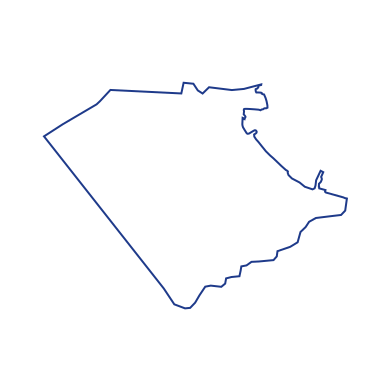 Municipality C, Montevideo, Uruguay (Robinson projection), rotated 188°
{"feature_id": "84410073B88392224216277", "entity_name": "Municipality C", "entity_type": "district", "adm_level": 2, "iso_a3": "URY", "parent_name": "Uruguay", "parent_adm1": "Montevideo", "projection": "robinson", "projection_center": [-56.204, -34.87], "detail": "fine", "context": "isolated", "style": "outline", "palette": "blue", "viewbox_px": 384, "rotation_deg": 188, "n_neighbors": 0, "source": "geoboundaries", "source_scale": "gbopen_adm2", "svg_char_len": 1895}
<svg xmlns="http://www.w3.org/2000/svg" viewBox="0 0 384 384"><g transform="rotate(188 192 192)"><path d="M37.7,207.1L38.7,207.2L39.6,207.2L39.8,207.3L40.3,207.4L41.2,207.7L59.3,210.1L60.3,210.8L60.1,212.5L66.5,213.3L66.8,214.7L67.1,214.8L67.4,217.8L65.8,220.0L65.2,222.4L65.4,223.5L66.2,224.9L64.8,229.9L67.6,230.9L70.7,220.9L70.6,215.7L71.1,212.7L73.0,211.4L81.0,212.9L86.8,216.4L94.9,219.3L98.8,222.2L99.9,224.3L99.9,225.7L100.9,226.4L102.2,226.9L107.4,230.4L116.1,236.7L119.8,239.1L124.5,242.6L129.3,247.1L133.3,250.9L135.8,253.0L138.0,255.5L138.5,257.6L137.2,258.7L136.5,259.5L136.3,260.5L136.8,261.4L137.5,261.9L138.4,261.9L139.4,261.3L143.7,257.8L144.9,257.4L145.5,257.5L146.1,257.9L148.4,260.6L150.5,263.2L151.2,264.7L151.6,266.1L152.2,272.5L151.5,272.3L151.1,272.1L150.7,272.1L150.4,271.4L150.2,271.4L150.4,272.2L149.9,272.5L149.7,273.0L149.5,273.7L149.6,274.2L150.0,274.6L150.9,275.5L151.6,276.1L151.7,279.2L152.1,280.2L152.1,281.2L151.5,281.6L149.8,281.9L146.8,282.2L141.2,282.6L137.3,282.8L135.5,282.5L134.7,283.3L133.2,283.8L132.0,284.9L130.0,285.3L129.0,286.0L129.4,288.3L130.8,292.3L132.2,295.3L134.2,298.6L135.6,298.7L136.6,299.1L136.6,299.6L137.5,300.0L141.1,299.7L142.1,299.5L142.7,300.2L143.1,301.4L143.3,302.6L142.8,303.1L141.8,303.5L141.4,304.1L140.9,305.0L141.1,306.5L138.4,307.6L138.4,308.2L154.9,301.3L166.7,298.5L189.7,298.1L195.2,291.0L200.4,293.4L205.7,299.4L215.5,299.0L216.3,288.1L287.0,281.7L295.8,269.1L298.7,265.5L329.3,241.2L346.3,226.5L206.5,92.5L193.9,78.3L182.7,75.8L177.7,77.0L173.5,82.8L170.2,90.8L165.7,100.1L160.4,101.9L149.8,102.2L146.4,105.9L146.2,111.2L141.1,113.3L133.3,115.2L132.9,120.7L132.8,125.2L127.8,126.9L123.4,131.1L116.1,132.5L108.1,134.4L101.8,135.9L99.1,140.0L99.1,145.3L87.1,151.4L80.4,156.9L79.0,167.5L74.6,173.1L71.9,178.8L65.7,183.5L51.1,187.4L41.2,190.0L37.7,194.9L37.7,207.1Z" fill="none" stroke="#1e3a8a" stroke-width="2"/></g></svg>